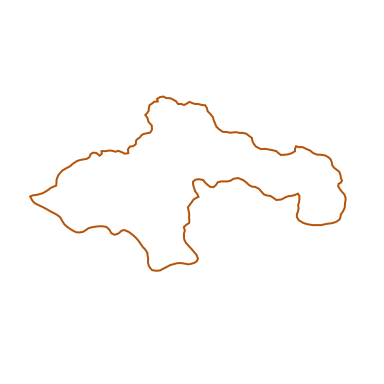 outline of Japonvar, Minas Gerais, Brazil, rotated 114°
{"feature_id": "56859067B29398843166976", "entity_name": "Japonvar", "entity_type": "district", "adm_level": 2, "iso_a3": "BRA", "parent_name": "Brazil", "parent_adm1": "Minas Gerais", "projection": "equal_earth", "projection_center": [-44.329, -15.933], "detail": "fine", "context": "isolated", "style": "outline", "palette": "amber", "viewbox_px": 384, "rotation_deg": 114, "n_neighbors": 0, "source": "geoboundaries", "source_scale": "gbopen_adm2", "svg_char_len": 3606}
<svg xmlns="http://www.w3.org/2000/svg" viewBox="0 0 384 384"><g transform="rotate(114 192 192)"><path d="M261.9,338.0L264.2,335.2L265.7,332.5L266.3,329.6L266.4,326.4L266.5,322.1L266.7,318.7L267.0,315.8L267.3,312.7L267.5,309.1L267.8,305.8L268.7,302.1L271.3,298.7L273.4,295.5L274.4,292.5L275.4,287.8L275.8,284.1L275.8,281.1L274.5,277.9L272.8,275.4L270.2,273.6L267.3,271.9L265.6,270.0L263.9,267.6L261.9,264.4L260.0,260.6L258.7,256.2L259.9,252.4L262.4,249.0L262.6,245.5L260.5,242.9L258.1,241.5L256.0,240.6L254.3,238.4L254.2,233.4L255.1,229.5L256.3,225.5L257.8,222.1L259.3,219.3L261.0,216.7L262.4,214.2L263.6,211.3L265.7,208.0L268.1,206.8L270.4,205.1L272.5,204.3L274.8,203.2L276.9,201.5L278.4,199.5L279.6,196.7L278.6,192.8L276.7,189.3L274.7,187.8L272.8,186.3L270.5,184.4L267.7,182.3L265.0,179.0L262.9,176.4L261.4,173.1L260.3,169.2L259.6,165.8L257.4,162.9L255.5,160.8L253.3,159.5L250.5,159.4L247.6,162.3L245.7,166.3L244.3,169.1L242.8,172.8L240.8,177.0L238.8,179.5L236.3,181.1L233.3,182.4L230.1,182.9L227.3,185.2L224.2,183.8L221.5,182.0L218.8,183.0L216.5,184.3L213.6,185.4L210.3,187.6L207.7,189.5L205.0,188.9L201.8,188.2L198.2,187.5L195.6,185.7L193.8,184.1L191.7,186.4L190.1,189.4L188.0,191.3L185.4,193.6L182.3,195.3L179.3,193.9L177.4,190.6L176.5,186.7L177.9,184.1L179.0,181.2L179.9,177.4L178.9,174.4L176.0,173.0L172.6,172.4L170.3,169.4L169.0,166.4L167.7,163.5L165.9,161.3L163.2,159.6L160.5,155.6L160.3,149.9L161.3,145.9L162.4,143.0L162.7,139.4L161.6,136.3L161.9,132.0L163.6,128.4L165.1,124.9L164.5,121.5L163.7,118.7L164.1,115.9L165.0,111.7L162.5,107.3L159.1,104.7L156.9,102.6L155.2,99.8L153.2,97.1L150.4,94.6L151.9,92.3L155.2,90.8L158.3,90.0L160.9,89.7L163.5,88.0L167.1,87.2L169.5,87.2L172.1,86.1L174.3,83.2L175.0,78.0L174.6,74.1L173.9,71.0L173.0,67.9L171.4,64.4L169.9,60.8L167.5,57.6L165.7,55.1L164.2,52.4L161.8,49.3L159.5,47.4L156.9,46.0L154.2,46.3L151.8,46.9L148.5,46.2L144.4,46.1L141.6,47.0L139.1,47.9L136.9,48.4L134.8,49.4L132.3,51.8L130.7,55.4L129.2,58.1L127.3,60.8L124.8,61.4L122.9,59.8L120.6,59.6L118.7,61.6L116.1,63.3L113.6,65.7L112.8,69.0L112.1,72.0L110.5,74.8L107.9,76.5L105.8,78.6L104.8,81.4L104.4,85.0L105.6,89.5L107.1,93.4L107.1,97.5L106.1,100.9L106.2,105.2L106.0,109.2L107.5,112.5L107.9,115.5L110.5,115.5L112.9,114.5L115.9,116.6L118.5,119.5L120.4,122.7L122.0,125.8L121.3,128.9L120.4,131.6L120.9,134.6L121.7,138.2L122.8,142.6L124.8,146.6L124.5,152.1L123.1,154.8L121.2,157.3L118.3,159.2L117.5,162.7L116.7,166.1L117.4,169.9L118.7,172.5L119.3,175.9L120.9,178.7L122.3,181.2L123.1,184.7L124.5,188.4L123.6,193.1L122.3,196.4L120.6,198.2L117.9,201.0L115.1,203.4L113.1,207.3L111.9,210.5L109.3,212.5L107.4,215.3L108.4,218.0L109.1,222.0L110.5,225.7L110.8,231.1L113.5,232.8L115.8,234.7L115.9,237.6L117.3,240.4L115.6,243.5L115.3,246.6L115.1,249.7L116.6,253.6L116.5,257.1L118.3,259.8L121.2,261.8L123.2,260.1L124.9,263.2L127.8,264.7L129.7,266.1L132.3,265.7L135.5,264.6L138.3,265.1L140.6,266.0L142.4,262.9L145.6,260.3L147.6,255.8L151.3,253.9L154.8,254.4L157.0,257.5L158.7,259.9L160.8,261.3L163.4,261.8L165.5,263.2L167.7,264.0L171.2,262.8L174.1,264.4L175.7,267.2L179.0,267.9L182.4,266.0L184.3,268.8L184.2,271.9L184.3,275.9L186.3,278.3L187.0,282.6L188.2,285.2L189.9,287.6L191.4,291.3L193.8,290.0L196.4,291.1L195.2,295.3L196.4,298.5L198.8,300.1L201.6,299.8L204.1,301.2L206.1,304.0L208.4,307.4L210.8,309.9L212.7,311.1L214.9,312.5L217.2,313.4L219.1,314.6L222.1,317.1L225.4,319.3L228.8,320.4L231.2,320.9L233.5,320.9L236.3,320.6L239.1,319.4L241.4,318.7L243.5,320.7L246.0,322.9L248.4,324.1L250.5,325.5L253.6,327.7L256.5,331.0L258.4,333.6L259.9,336.2L261.9,338.0Z" fill="none" stroke="#b45309" stroke-width="2"/></g></svg>